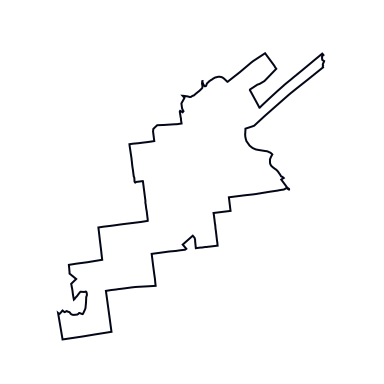 Plataresti, Calarasi, Romania (Equal Earth projection), rotated 171°
{"feature_id": "2599482B2519283515230", "entity_name": "Plataresti", "entity_type": "district", "adm_level": 2, "iso_a3": "ROU", "parent_name": "Romania", "parent_adm1": "Calarasi", "projection": "equal_earth", "projection_center": [26.411, 44.363], "detail": "fine", "context": "isolated", "style": "outline", "palette": "ink", "viewbox_px": 384, "rotation_deg": 171, "n_neighbors": 0, "source": "geoboundaries", "source_scale": "gbopen_adm2", "svg_char_len": 5813}
<svg xmlns="http://www.w3.org/2000/svg" viewBox="0 0 384 384"><g transform="rotate(171 192 192)"><path d="M170.4,289.9L172.5,288.7L175.2,287.0L175.8,287.0L176.0,287.0L176.9,286.7L178.1,286.1L178.3,286.1L178.5,286.1L178.8,286.1L179.0,286.1L179.3,286.1L179.5,286.3L180.3,286.6L180.8,286.8L181.3,287.1L181.8,287.2L184.0,287.9L185.3,288.3L186.2,288.5L184.7,286.2L186.2,284.2L188.1,281.8L188.6,281.1L188.7,278.1L188.7,276.1L188.2,274.1L187.8,273.1L188.8,272.2L190.6,273.7L191.0,274.0L191.1,273.9L191.4,273.5L191.5,273.2L191.5,272.7L191.5,272.3L191.5,271.9L191.5,270.2L191.5,267.6L191.4,266.0L191.6,265.2L191.6,264.1L191.6,262.8L191.6,261.3L195.9,261.3L199.4,261.7L206.0,262.3L209.2,262.6L215.9,263.4L218.0,262.0L220.3,260.4L221.0,257.9L221.3,248.2L224.7,248.2L229.4,248.3L231.4,248.4L238.1,248.6L239.0,248.7L240.8,248.8L241.7,248.9L245.5,249.0L246.3,249.0L246.4,247.1L246.4,246.4L246.5,234.7L246.9,226.7L246.9,223.1L247.1,216.4L247.0,216.1L246.8,215.5L246.8,215.1L246.8,214.5L247.1,211.5L247.1,211.2L246.9,210.6L246.6,210.2L245.8,210.5L245.5,210.6L245.1,210.7L244.4,210.6L239.1,210.5L238.8,210.4L239.4,190.2L239.5,190.0L239.7,189.1L239.7,188.0L239.7,187.1L239.7,185.5L239.8,184.0L239.8,181.0L239.7,179.7L239.8,178.7L239.9,175.7L240.0,173.3L240.0,172.3L240.1,171.3L240.3,170.4L240.7,170.4L247.2,170.4L256.0,170.7L261.2,170.9L267.0,171.1L274.0,171.2L277.7,171.3L285.1,171.6L290.0,171.6L290.1,168.8L290.5,159.6L290.9,148.2L291.1,144.3L291.3,139.1L306.4,139.0L317.2,139.3L325.0,139.3L325.1,138.4L325.2,135.8L325.3,135.0L325.3,134.7L325.4,133.7L325.4,133.0L325.7,130.5L325.4,130.2L320.0,124.2L325.7,120.2L325.6,118.6L325.6,116.7L325.5,115.5L325.5,113.4L325.5,112.4L325.6,110.9L325.6,110.0L325.6,109.0L325.6,107.5L325.5,104.2L324.6,104.8L323.7,105.7L323.2,106.2L322.3,106.8L321.6,107.4L319.8,109.2L318.1,110.7L317.8,110.9L317.5,110.9L316.0,110.5L314.2,110.2L313.3,110.1L312.9,110.2L312.5,110.3L312.1,110.0L311.9,109.4L311.8,108.3L311.9,106.7L312.4,105.7L312.9,104.8L314.0,99.3L315.0,95.4L315.3,94.2L315.5,93.7L316.2,92.5L318.0,89.8L318.9,88.6L319.1,88.5L319.3,88.5L322.1,90.1L322.5,90.1L323.7,89.2L324.6,88.9L327.7,89.1L328.3,89.2L328.9,89.3L329.5,89.6L330.0,89.9L330.4,90.2L330.5,90.3L330.7,90.5L330.9,90.8L331.1,91.1L331.2,91.5L331.3,91.7L331.4,91.9L331.6,92.2L331.9,92.4L332.1,92.6L332.3,92.8L332.5,92.9L333.0,93.0L333.3,93.2L333.6,93.4L334.2,93.9L334.4,94.0L334.5,94.0L336.0,93.4L336.4,93.3L336.7,93.3L336.8,93.4L336.9,93.5L338.4,95.2L339.4,94.4L339.5,94.2L341.9,92.3L342.3,92.3L343.2,93.4L342.9,66.6L322.6,66.4L309.9,66.5L293.4,66.5L293.1,79.2L292.5,107.8L289.6,107.8L286.8,107.8L282.9,107.6L280.3,107.6L275.2,107.4L266.3,107.2L262.3,107.0L255.6,106.3L249.8,105.7L242.6,105.0L242.5,107.3L242.2,112.0L242.1,118.1L241.9,126.0L241.5,137.2L234.3,137.0L223.8,136.8L217.0,136.3L213.7,136.3L207.8,136.1L206.5,136.8L209.4,141.5L198.1,148.7L197.2,147.3L196.5,145.9L196.5,144.9L196.4,144.2L196.5,143.6L196.6,143.0L196.7,141.3L197.0,135.9L192.2,135.8L191.7,135.7L191.3,135.6L191.0,135.6L187.0,135.6L186.3,135.4L184.4,135.4L183.1,135.3L175.1,135.0L175.1,135.7L175.0,136.8L174.9,137.7L174.9,138.4L174.9,139.4L174.9,141.1L174.8,142.1L174.8,142.5L174.7,145.2L174.6,147.6L174.5,150.4L174.5,151.5L174.5,152.5L174.3,154.6L174.3,155.2L174.3,155.5L174.2,155.7L174.3,156.7L174.2,159.7L174.1,161.6L174.1,162.0L174.1,163.2L174.0,164.4L174.0,164.7L174.0,165.9L174.0,167.5L174.0,167.9L156.9,167.3L156.4,181.0L140.5,180.5L138.2,180.4L136.5,180.3L134.6,180.2L132.6,180.1L129.6,180.0L115.4,180.1L107.2,180.0L105.7,180.1L101.0,180.1L100.4,180.2L99.0,180.8L98.0,181.2L96.8,180.0L96.0,179.3L95.8,179.2L95.7,179.3L95.7,179.7L95.7,179.9L95.9,180.1L96.1,180.3L96.8,180.9L97.1,181.2L97.5,181.8L98.2,183.2L98.6,184.0L100.8,188.2L101.9,190.3L100.0,191.2L99.2,191.5L99.4,191.8L100.5,192.9L101.3,193.3L101.6,193.7L102.3,195.5L103.3,197.5L103.9,198.8L104.9,200.3L105.7,201.2L106.9,202.3L108.3,203.8L109.1,204.8L109.6,205.4L110.0,206.4L110.3,207.4L110.4,208.0L110.4,208.4L110.2,209.9L110.0,211.3L110.0,211.7L109.9,211.9L109.5,212.7L108.9,213.7L108.1,214.9L107.5,215.6L107.0,216.3L106.8,216.5L107.0,216.9L107.8,217.9L108.6,218.7L109.5,219.2L110.4,219.9L111.3,220.4L112.1,220.7L112.9,220.9L117.5,222.4L119.7,223.1L119.9,223.2L122.2,224.0L125.2,225.9L127.8,228.7L130.3,233.8L130.6,236.1L130.7,238.3L130.6,239.3L130.5,240.8L130.4,240.9L129.9,243.2L129.6,244.6L129.3,246.2L121.9,247.4L120.3,247.7L109.2,255.1L107.2,256.4L96.0,263.5L81.8,272.5L78.8,274.3L71.8,278.3L61.1,284.3L44.3,293.9L43.0,294.6L43.2,295.6L43.1,295.9L42.7,296.5L42.9,297.2L42.9,297.5L42.6,298.1L41.8,299.3L41.2,300.2L41.0,300.6L41.2,300.8L41.6,301.1L42.7,302.2L42.5,305.1L42.1,305.3L41.9,306.0L41.8,306.4L40.8,306.8L41.7,308.3L50.9,302.9L54.2,300.9L65.0,294.5L73.6,289.5L74.9,288.7L76.4,287.8L82.8,284.1L83.6,283.6L88.1,280.7L91.9,278.3L101.1,272.2L109.5,266.5L111.9,264.7L112.2,264.7L112.3,265.0L113.1,267.4L118.0,281.2L118.8,283.3L118.9,283.7L118.6,284.2L110.6,287.8L108.3,288.2L106.0,289.1L103.2,290.2L101.3,291.6L92.3,298.4L89.5,300.5L90.6,302.7L90.7,303.1L90.9,303.7L91.3,304.5L96.5,314.5L98.1,317.6L110.8,311.9L112.5,311.0L113.7,310.3L126.1,302.8L138.7,295.8L139.5,295.3L139.8,295.3L140.2,295.8L142.3,298.6L143.6,300.0L144.1,300.4L145.2,301.0L145.5,301.1L146.7,301.5L147.8,301.7L149.3,301.6L150.3,301.5L151.2,301.5L151.8,301.2L153.4,300.7L153.8,300.4L154.8,299.9L155.7,299.6L157.8,298.6L158.4,298.1L159.0,297.7L159.8,297.2L160.4,296.6L161.3,295.0L161.5,294.6L162.3,294.4L162.8,294.4L163.0,294.6L163.3,295.1L163.8,296.1L164.0,296.4L164.0,296.7L164.1,297.0L164.1,297.5L164.4,297.8L164.4,298.0L164.4,299.5L164.3,299.9L164.5,299.9L164.8,298.9L164.9,298.4L165.0,298.0L165.1,297.5L165.2,297.3L165.1,296.4L165.1,295.5L165.1,295.2L165.1,294.7L165.2,294.4L165.3,294.1L165.4,293.6L165.6,293.2L165.9,292.9L166.1,292.7L169.1,290.6L170.4,289.9Z" fill="none" stroke="#020617" stroke-width="2"/></g></svg>